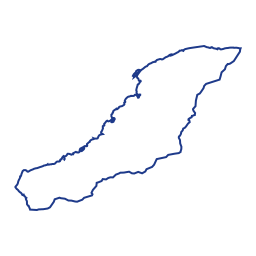 Tafunsak, Kosrae, Federated States of Micronesia (orthographic projection)
{"feature_id": "79324940B50347323269850", "entity_name": "Tafunsak", "entity_type": "district", "adm_level": 2, "iso_a3": "FSM", "parent_name": "Federated States of Micronesia", "parent_adm1": "Kosrae", "projection": "orthographic", "projection_center": [162.944, 5.328], "detail": "fine", "context": "isolated", "style": "outline", "palette": "blue", "viewbox_px": 256, "rotation_deg": 0, "n_neighbors": 0, "source": "geoboundaries", "source_scale": "gbopen_adm2", "svg_char_len": 5710}
<svg xmlns="http://www.w3.org/2000/svg" viewBox="0 0 256 256"><path d="M240.6,48.3L239.2,48.3L238.8,48.1L236.5,47.7L233.9,47.8L233.6,47.6L230.7,47.6L229.4,47.7L227.9,48.0L226.4,48.1L224.7,48.4L223.4,48.9L221.7,49.3L220.4,49.3L219.4,48.4L218.2,48.2L217.7,48.4L217.7,49.1L217.5,49.3L216.3,48.8L213.4,48.2L212.0,47.2L211.3,47.2L211.0,47.7L210.6,47.9L209.8,47.8L209.5,47.9L208.2,47.4L206.9,47.2L204.0,46.0L189.7,48.1L188.2,48.4L185.2,49.1L183.1,50.3L184.1,51.2L182.8,50.7L182.4,50.2L181.7,50.2L180.7,50.7L180.0,50.7L179.6,50.7L178.9,51.5L177.8,52.3L177.1,52.6L176.8,52.7L175.7,53.4L172.0,55.2L170.6,55.6L170.6,55.4L171.9,54.6L172.0,54.4L171.9,54.3L171.3,54.3L169.9,54.8L169.4,55.1L168.0,56.3L166.5,57.0L165.7,57.2L162.9,59.2L162.2,59.4L161.6,59.4L161.3,59.2L160.1,59.0L157.4,59.8L156.9,60.0L155.7,61.2L155.5,61.8L154.8,61.8L154.4,61.7L154.0,62.0L152.8,62.2L150.7,63.4L150.2,63.5L149.1,64.0L148.2,64.7L147.0,66.2L146.5,66.3L145.4,66.8L142.6,69.1L141.6,69.7L141.0,70.3L138.9,69.8L138.0,69.9L136.3,70.9L135.7,72.5L135.7,73.0L135.4,73.1L135.0,73.0L133.8,74.2L132.9,75.9L133.2,76.1L134.7,74.8L134.9,75.1L134.1,77.2L135.7,76.0L138.0,72.5L138.9,71.6L139.7,71.8L137.7,74.5L136.8,76.2L137.0,77.1L137.4,78.0L138.2,78.4L138.4,78.8L138.8,80.5L139.3,80.9L140.5,80.7L140.7,81.0L140.7,81.4L139.9,82.1L139.0,83.7L138.2,84.4L137.9,84.4L137.6,84.8L137.5,85.5L136.7,88.1L136.3,89.9L136.3,90.5L136.7,91.3L136.5,92.6L136.9,93.8L137.2,94.0L137.3,94.3L137.6,94.7L138.1,94.9L139.5,94.5L140.2,94.6L140.2,95.1L139.0,96.3L139.0,97.0L138.8,97.5L138.5,97.7L138.0,97.7L137.7,96.9L137.2,96.0L135.8,94.7L134.9,94.8L134.2,95.6L133.7,95.9L131.4,96.0L131.1,95.8L129.5,96.5L128.6,96.6L127.9,96.9L127.0,97.6L125.8,98.8L124.8,100.6L124.8,101.1L125.0,101.4L125.3,101.9L125.1,102.2L124.6,102.4L124.2,102.7L124.4,104.3L124.0,104.9L122.1,106.1L120.2,106.5L119.3,106.9L119.0,107.2L118.9,107.6L118.5,108.1L117.3,109.1L117.0,109.1L117.0,108.5L116.6,108.5L116.3,108.7L115.8,109.5L115.2,109.6L114.4,110.1L113.2,111.2L113.1,112.2L112.6,112.7L112.6,113.3L112.4,113.7L111.4,114.6L111.4,116.4L112.3,118.3L112.8,118.3L113.3,118.0L114.0,118.0L114.6,118.5L114.7,119.2L114.2,120.1L113.6,120.1L113.5,119.8L113.4,119.7L112.8,119.7L112.5,119.9L112.9,120.6L113.7,120.7L113.7,121.3L113.4,121.8L112.3,122.2L111.6,122.2L111.4,122.1L111.5,121.5L111.9,121.0L111.6,120.3L111.7,119.3L110.4,120.6L108.8,121.3L108.1,121.3L107.2,120.7L106.2,121.4L105.2,122.8L104.2,123.8L104.2,124.8L104.4,125.1L104.3,125.4L104.2,125.6L103.3,125.7L102.8,126.2L102.8,127.8L103.0,128.1L102.9,128.5L101.9,131.0L101.3,131.7L101.1,132.1L101.1,132.5L101.3,133.2L102.0,133.8L102.5,133.8L102.8,134.1L101.8,134.2L101.1,134.5L100.4,134.6L99.1,135.4L98.3,136.7L97.9,137.9L97.5,138.4L96.5,138.6L94.5,138.6L93.7,138.3L93.8,138.5L93.8,138.8L93.7,139.1L92.4,139.4L91.6,139.7L90.5,140.4L89.9,141.1L89.8,141.8L89.6,142.0L89.1,142.1L87.0,144.0L87.0,144.6L87.2,145.1L87.2,145.7L87.0,146.1L86.7,146.2L86.3,145.8L85.9,146.1L84.7,146.1L84.3,146.3L84.2,146.6L84.2,148.4L84.0,149.0L83.3,149.8L81.7,151.1L81.4,151.0L81.4,150.7L82.2,149.7L82.3,148.6L82.8,148.3L83.3,148.2L83.5,148.3L83.8,147.9L83.8,147.6L83.4,147.0L80.3,148.6L80.0,149.1L79.6,150.4L79.9,151.1L79.9,151.4L78.9,152.3L78.4,152.5L77.8,152.3L77.3,152.5L76.6,152.3L76.0,151.9L75.7,151.9L74.3,152.7L73.3,153.1L73.3,154.0L73.1,154.3L72.6,154.3L72.2,154.2L71.3,154.7L69.9,154.0L69.4,154.0L69.0,153.8L67.6,153.8L67.2,154.3L67.1,154.7L66.2,155.8L65.7,156.1L64.6,156.3L64.4,156.5L64.3,157.3L64.7,158.9L64.3,159.6L64.2,159.5L64.4,158.6L64.3,158.2L63.9,157.2L63.8,156.4L63.5,156.1L62.8,156.8L62.3,157.4L61.9,158.3L61.9,158.6L61.5,159.3L61.3,159.5L60.6,159.4L60.1,160.1L59.9,160.4L60.0,161.1L59.9,161.2L59.0,161.6L57.6,161.5L56.8,161.7L56.0,162.4L55.2,163.4L53.9,164.0L52.1,164.0L51.4,164.3L50.2,164.3L48.9,164.7L47.9,164.7L47.7,164.2L46.7,165.0L45.8,165.1L45.1,165.4L44.0,165.5L43.0,166.1L41.0,166.8L40.5,166.9L37.2,168.1L35.8,168.3L34.0,168.8L33.1,169.3L30.5,170.3L28.2,171.7L27.8,171.7L27.3,171.5L26.4,170.5L25.9,170.4L25.4,170.1L23.9,170.1L22.7,171.0L21.5,174.0L21.1,175.6L20.6,176.5L20.1,176.5L20.1,177.4L19.7,178.5L19.3,179.2L19.0,179.7L18.3,181.3L17.8,183.4L17.3,184.5L15.4,186.8L15.4,187.2L15.8,187.8L16.4,188.5L16.5,188.7L16.8,189.1L17.1,189.2L18.2,190.2L18.9,191.3L19.3,191.5L19.9,192.2L20.7,192.6L21.4,193.3L22.4,195.0L23.3,195.1L23.4,194.6L23.7,194.6L23.8,195.6L24.3,195.8L25.7,197.4L25.7,197.7L26.3,198.0L25.9,198.5L25.9,199.0L26.0,199.4L26.9,201.2L27.0,204.2L28.0,205.7L28.6,205.8L28.9,206.6L29.4,207.7L29.5,207.8L29.7,208.6L30.0,209.0L30.1,209.6L36.9,210.0L38.7,209.4L43.3,209.2L47.7,208.5L50.0,207.3L53.8,201.8L54.7,199.3L59.5,197.7L60.8,198.2L64.9,198.7L68.4,200.5L71.4,200.6L75.1,201.5L77.1,201.7L82.3,199.7L84.1,197.8L92.0,195.4L92.5,194.2L91.6,193.1L91.5,192.8L92.9,189.9L96.4,185.9L96.7,182.8L98.4,182.3L101.6,181.0L102.7,179.1L106.1,179.4L108.2,178.0L110.4,177.3L113.0,177.4L115.9,174.6L118.9,173.5L120.3,172.7L123.8,172.6L129.1,171.7L131.9,173.3L134.2,173.5L138.2,171.9L142.1,173.3L145.3,171.5L146.5,169.2L152.1,166.9L154.1,164.7L156.7,159.1L166.1,157.1L168.2,154.9L174.6,153.7L178.8,153.1L180.6,151.9L180.6,151.4L181.3,149.1L181.4,146.7L180.2,143.5L180.0,140.1L178.8,137.8L178.9,136.6L179.0,136.4L180.0,135.7L181.0,133.7L181.2,132.1L182.7,130.4L183.2,128.6L184.8,127.8L186.0,126.5L188.0,123.6L189.7,122.1L189.3,120.4L188.4,119.9L188.6,119.0L190.4,117.8L191.6,117.3L191.9,115.9L192.6,115.8L194.1,115.2L194.3,115.0L194.8,115.0L195.1,113.0L193.5,110.8L193.0,109.3L193.1,108.9L195.5,106.2L195.9,100.6L197.3,94.8L199.8,93.5L201.0,91.9L203.5,88.2L204.2,85.9L206.1,83.9L219.6,79.6L220.5,76.6L221.6,72.3L224.9,69.3L225.9,66.1L227.7,64.0L228.5,64.1L230.1,63.6L233.8,61.1L239.9,51.7L240.2,49.4L240.6,48.3Z" fill="none" stroke="#1e3a8a" stroke-width="2"/></svg>